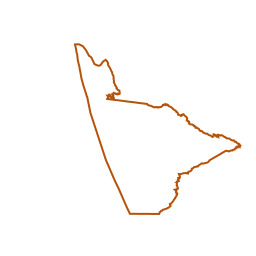 outline of Pemba, Southern, Zambia, rotated 132°
{"feature_id": "96606910B89551378676560", "entity_name": "Pemba", "entity_type": "district", "adm_level": 2, "iso_a3": "ZMB", "parent_name": "Zambia", "parent_adm1": "Southern", "projection": "equal_earth", "projection_center": [27.31, -16.765], "detail": "fine", "context": "isolated", "style": "outline", "palette": "amber", "viewbox_px": 256, "rotation_deg": 132, "n_neighbors": 0, "source": "geoboundaries", "source_scale": "gbopen_adm2", "svg_char_len": 5416}
<svg xmlns="http://www.w3.org/2000/svg" viewBox="0 0 256 256"><g transform="rotate(132 128 128)"><path d="M101.4,223.3L103.7,220.0L106.3,216.7L107.4,214.9L110.4,211.6L111.4,210.4L113.5,207.4L114.9,205.2L116.6,203.3L117.1,202.4L122.2,195.9L126.4,189.4L130.7,181.9L131.9,180.1L132.0,179.4L141.8,166.2L166.5,123.1L176.2,102.0L179.1,94.8L187.6,76.1L190.5,69.2L171.0,47.3L170.0,47.7L169.4,48.1L168.6,47.8L167.8,48.0L167.1,47.8L166.5,47.3L165.9,47.4L165.4,47.4L164.8,46.9L164.3,46.6L163.8,46.3L163.1,46.1L162.4,45.5L161.1,44.9L160.7,45.0L160.1,44.6L159.7,44.5L158.7,44.4L157.5,44.2L157.2,44.4L156.9,45.6L156.5,46.0L155.2,45.4L151.8,45.5L150.7,45.9L148.8,45.9L148.3,46.3L146.3,46.4L145.8,46.7L145.4,46.7L145.2,47.1L144.8,47.1L144.5,47.6L144.1,47.4L143.8,47.5L143.8,47.8L143.6,48.5L143.7,49.2L143.5,49.6L143.0,49.8L142.3,49.9L142.3,50.7L142.4,50.9L142.5,51.4L142.5,51.9L141.7,51.3L140.4,50.8L139.9,50.3L139.7,50.3L139.1,50.9L138.1,53.3L137.7,53.3L137.5,53.8L135.8,55.1L135.9,55.4L135.7,55.3L135.4,55.5L135.3,55.3L135.1,55.4L134.7,55.1L134.2,55.1L133.9,55.6L133.7,55.4L133.6,55.5L133.5,55.4L133.3,55.5L133.2,55.3L133.0,55.7L133.2,55.8L132.8,56.2L132.7,56.1L132.8,55.9L132.5,55.9L132.5,56.0L132.3,56.1L132.0,56.4L131.7,56.5L131.7,56.9L131.5,57.0L131.6,56.9L131.5,57.1L131.4,57.0L131.4,57.3L131.2,57.3L131.2,57.5L131.1,57.3L131.2,57.1L130.8,56.8L130.2,56.5L129.8,56.5L128.8,57.8L128.7,58.3L128.4,58.7L128.3,59.2L128.1,59.5L127.8,59.1L127.5,58.4L127.3,58.1L124.5,56.5L122.1,54.3L121.8,53.9L122.1,53.6L121.6,52.9L121.4,53.0L120.6,53.7L120.3,53.8L119.0,53.1L117.8,52.6L116.4,52.6L116.1,52.8L115.5,53.4L114.0,52.7L112.8,52.7L112.3,52.3L112.0,52.0L111.9,52.0L111.6,51.9L111.3,51.5L110.2,51.0L110.2,50.6L109.5,50.2L108.7,50.4L107.8,50.4L106.4,49.8L105.5,49.7L105.1,49.6L104.5,49.0L104.3,48.4L100.9,46.1L99.9,45.7L98.3,45.6L97.4,45.8L97.1,45.7L79.7,40.1L79.0,39.6L78.4,38.5L78.1,37.7L77.6,37.1L75.6,36.4L75.1,35.5L74.6,35.3L74.0,35.4L72.8,34.4L72.4,34.7L71.8,34.6L71.6,34.7L71.0,34.1L70.2,34.2L69.9,34.3L69.7,34.7L69.4,34.6L69.3,34.3L69.2,34.5L68.8,34.2L68.6,34.1L68.6,33.7L68.5,33.9L68.3,33.6L67.6,33.6L67.4,33.7L67.4,33.4L67.5,33.3L67.4,33.2L67.3,33.3L67.3,32.8L67.1,33.0L66.7,32.9L66.6,32.7L66.4,32.9L66.2,32.7L65.9,32.7L65.8,33.7L65.5,34.3L65.7,35.6L66.2,36.2L66.2,36.4L66.2,37.4L66.0,38.6L66.4,39.2L66.8,39.5L66.6,40.0L66.4,40.9L66.8,41.7L67.3,42.0L67.6,42.5L68.0,44.2L67.9,45.0L68.1,45.6L68.9,46.9L69.5,47.4L69.6,47.7L69.7,48.9L69.6,49.3L69.8,49.5L70.1,50.0L70.1,50.3L70.0,50.5L70.3,51.2L70.2,51.6L70.4,53.0L71.2,54.3L71.5,54.5L71.8,54.3L73.1,55.7L73.2,56.0L72.6,56.3L72.7,56.6L72.9,56.8L73.7,56.7L74.0,57.1L74.4,57.0L74.5,56.4L74.4,55.6L74.4,55.2L74.5,55.0L75.1,56.4L75.2,57.5L74.8,58.7L75.0,59.5L75.4,60.2L75.6,60.1L76.3,59.2L76.8,59.1L77.3,58.9L78.1,59.1L78.2,59.6L78.2,61.3L78.3,61.7L78.8,62.4L79.1,63.1L79.3,65.5L80.4,66.8L80.6,68.0L81.1,68.9L81.1,69.2L80.9,69.7L80.9,71.0L81.0,71.5L81.6,71.8L81.9,72.8L81.9,73.1L81.3,74.6L81.3,75.4L81.6,75.8L81.7,76.6L82.0,77.2L82.4,77.5L82.6,78.0L82.4,78.2L81.8,78.2L81.8,78.5L82.1,79.8L82.4,80.0L82.5,80.2L82.4,80.6L82.0,80.8L82.0,81.0L82.5,82.7L82.6,83.0L83.4,83.7L83.9,85.2L83.7,86.0L83.5,86.4L82.6,86.3L82.4,86.6L82.4,87.0L82.6,88.0L82.8,88.2L83.0,88.6L83.1,89.0L83.0,89.5L82.5,89.7L81.4,90.3L81.0,90.9L80.8,91.3L80.8,93.7L80.9,94.7L80.6,95.8L80.8,96.3L81.7,96.4L82.3,96.9L82.6,96.9L82.9,96.4L83.6,96.7L83.6,97.8L84.6,99.7L84.5,99.9L84.3,100.0L83.3,101.6L83.3,101.8L83.7,102.6L83.7,102.9L83.2,104.1L83.3,104.6L83.6,105.3L83.6,106.2L83.8,107.4L83.5,108.3L83.5,109.0L83.7,109.3L83.8,110.3L84.0,111.0L84.4,112.1L84.1,113.3L84.2,113.6L84.6,113.8L84.5,114.1L84.4,114.2L84.2,114.4L84.3,114.6L84.8,114.7L85.1,115.0L85.1,115.3L85.3,115.8L85.1,115.9L85.1,116.2L85.9,116.5L86.1,116.5L86.2,116.3L86.4,116.8L86.5,116.8L86.9,116.7L87.0,116.9L87.1,117.2L87.2,117.3L87.3,117.1L87.7,117.3L88.3,117.2L89.8,117.5L90.2,117.5L90.8,118.0L91.4,118.3L91.6,118.7L92.1,119.0L92.2,119.5L92.6,119.7L92.8,119.6L93.0,119.8L93.2,120.6L93.7,120.9L93.8,121.4L94.1,121.6L94.9,122.1L95.3,122.6L95.3,123.1L95.6,123.7L95.9,125.0L96.2,125.4L96.3,126.0L96.6,126.8L96.9,127.0L97.4,128.1L97.7,128.6L97.3,129.8L120.9,163.7L119.6,162.4L118.1,163.8L117.9,164.6L117.5,163.8L117.3,163.8L117.2,163.9L116.9,164.4L116.2,164.6L115.9,164.3L116.0,163.9L116.6,163.5L116.7,163.2L116.4,162.9L116.2,163.3L115.7,163.4L115.8,162.9L115.6,162.7L115.9,162.3L116.5,162.3L116.7,161.9L116.6,161.7L116.3,161.8L116.2,161.7L116.6,160.8L116.4,160.6L116.2,160.7L116.3,159.8L115.6,159.2L115.8,158.9L115.7,158.4L115.3,158.6L115.1,158.6L114.3,160.5L113.8,160.6L113.6,160.7L113.5,161.9L113.4,162.3L113.0,162.0L112.4,162.1L112.1,161.9L111.5,162.2L111.4,162.2L111.2,161.4L111.1,160.3L111.0,160.2L110.8,160.3L110.6,160.1L110.7,159.2L110.6,158.9L110.4,158.7L110.0,159.0L109.8,159.1L109.6,159.0L109.5,158.0L109.3,157.7L108.7,157.3L108.3,157.3L108.1,157.1L107.9,157.2L107.6,157.8L107.3,157.8L107.0,158.2L106.8,158.8L106.0,159.3L106.0,159.6L106.4,160.9L106.3,162.0L106.4,162.7L106.2,163.1L105.7,163.1L105.3,164.4L104.9,165.0L105.0,165.6L104.8,166.2L104.1,167.4L103.6,169.0L103.2,169.4L102.5,169.7L101.1,171.7L100.5,172.1L99.2,173.4L98.9,174.1L98.7,174.9L98.5,175.4L97.2,177.2L96.8,178.6L96.2,179.8L95.5,181.6L94.5,184.9L93.8,185.8L93.1,186.2L92.3,188.6L92.3,190.2L95.2,191.0L99.5,190.5L101.1,191.1L102.4,193.6L102.9,195.8L100.2,202.2L100.1,203.4L100.4,205.4L98.3,211.2L97.4,216.3L98.6,220.5L101.4,223.3Z" fill="none" stroke="#b45309" stroke-width="2"/></g></svg>